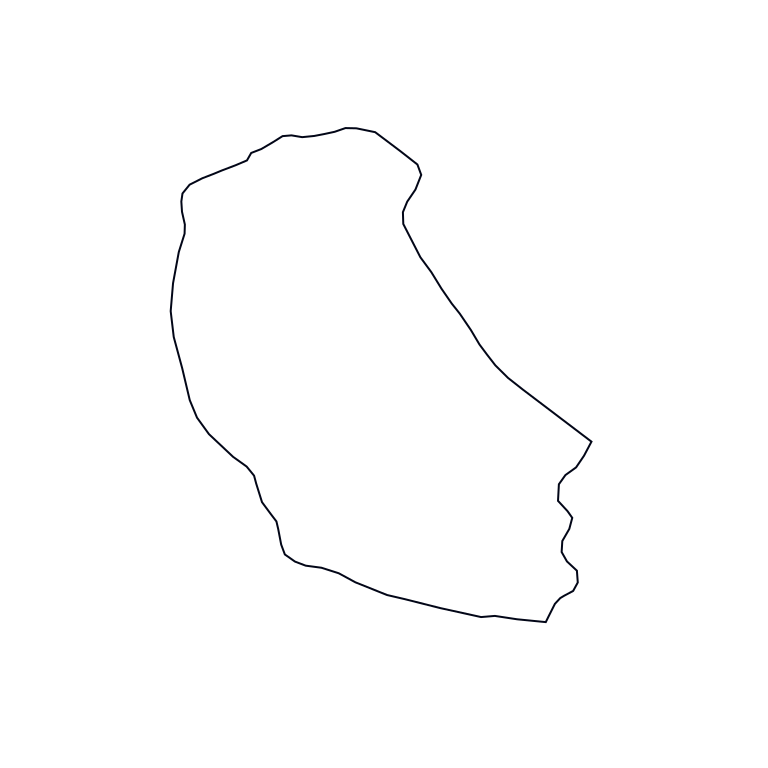 Djouori-Agnili, Haut-Ogooué, Gabon, rotated 127°
{"feature_id": "22940354B21948278538135", "entity_name": "Djouori-Agnili", "entity_type": "district", "adm_level": 2, "iso_a3": "GAB", "parent_name": "Gabon", "parent_adm1": "Haut-Ogooué", "projection": "orthographic", "projection_center": [13.959, -1.472], "detail": "fine", "context": "isolated", "style": "outline", "palette": "ink", "viewbox_px": 768, "rotation_deg": 127, "n_neighbors": 0, "source": "geoboundaries", "source_scale": "gbopen_adm2", "svg_char_len": 1270}
<svg xmlns="http://www.w3.org/2000/svg" viewBox="0 0 768 768"><g transform="rotate(127 384 384)"><path d="M476.8,111.5L470.5,112.7L456.7,115.2L448.9,114.4L444.7,112.7L435.4,108.4L425.9,109.8L417.0,117.6L415.6,131.1L411.3,141.0L402.1,147.1L388.2,148.8L377.6,153.1L375.1,160.9L372.6,174.7L358.8,184.0L347.5,184.3L335.0,180.4L320.9,181.1L305.2,183.6L304.9,269.8L304.5,288.6L302.1,306.3L298.5,319.5L295.0,331.5L288.6,347.1L282.2,365.9L279.0,378.3L273.3,395.4L266.2,413.5L260.9,431.2L244.6,464.9L235.4,472.3L224.4,475.2L209.8,475.9L194.6,480.1L188.6,489.4L188.2,511.4L188.2,542.6L196.4,559.9L202.8,568.8L212.3,575.2L220.5,582.3L227.9,589.0L236.1,597.9L241.1,607.5L247.1,614.2L257.4,618.1L270.2,623.4L279.4,629.1L287.9,628.0L298.5,634.1L310.9,641.9L318.7,646.5L329.0,652.9L341.8,659.2L353.1,659.6L360.2,655.7L368.0,649.0L376.5,639.0L384.0,633.7L402.1,627.3L414.1,621.3L430.5,613.1L454.2,598.2L473.0,580.2L492.9,554.6L513.8,529.4L523.4,513.1L529.4,493.6L533.0,460.6L532.6,444.0L535.4,432.6L540.4,426.2L551.8,410.3L556.0,396.1L558.5,387.2L563.5,381.2L574.1,369.5L579.8,360.6L579.4,348.2L576.2,337.2L568.4,323.4L562.4,306.3L559.6,287.5L550.7,254.6L543.3,237.9L529.1,204.2L511.7,166.2L502.5,155.9L491.8,136.1L476.8,111.5Z" fill="none" stroke="#020617" stroke-width="2"/></g></svg>